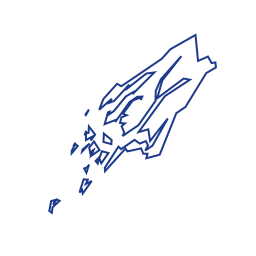 outline of Rødøy nor, Nordland, Norway, rotated 312°
{"feature_id": "86288312B63422016976384", "entity_name": "Rødøy nor", "entity_type": "district", "adm_level": 2, "iso_a3": "NOR", "parent_name": "Norway", "parent_adm1": "Nordland", "projection": "robinson", "projection_center": [13.227, 66.575], "detail": "medium", "context": "isolated", "style": "outline", "palette": "blue", "viewbox_px": 256, "rotation_deg": 312, "n_neighbors": 0, "source": "geoboundaries", "source_scale": "gbopen_adm2", "svg_char_len": 1897}
<svg xmlns="http://www.w3.org/2000/svg" viewBox="0 0 256 256"><g transform="rotate(312 128 128)"><path d="M153.5,90.3L133.1,90.3L122.3,94.4L138.9,96.4L134.3,97.3L138.8,99.6L161.0,99.8L157.4,101.1L180.8,105.2L186.9,110.4L156.2,108.7L158.2,107.9L150.1,105.3L131.0,106.2L126.4,105.1L127.3,104.2L125.8,104.4L127.0,103.0L126.1,102.7L115.2,108.1L125.7,113.4L124.0,114.5L148.4,111.8L157.4,114.0L160.9,117.6L157.4,118.7L159.2,116.9L151.6,113.2L135.3,114.7L136.6,118.5L131.5,116.0L126.4,118.7L129.3,122.6L125.2,122.0L121.9,128.4L118.3,129.3L137.1,133.9L166.6,130.3L174.1,123.8L186.3,119.8L217.1,119.6L186.4,121.6L169.6,129.8L202.0,136.3L205.3,141.7L176.3,134.1L132.0,138.6L140.6,144.0L133.1,153.1L161.7,151.2L131.2,158.0L122.8,155.9L128.5,154.5L130.2,150.0L124.3,147.2L123.6,140.8L107.6,137.0L107.8,133.4L82.9,137.4L80.6,139.8L111.0,139.9L110.2,143.2L121.6,151.4L119.1,156.6L121.9,159.7L117.8,161.9L129.4,169.4L171.3,154.0L182.2,156.6L221.2,149.4L231.8,152.8L235.2,149.1L232.2,146.6L234.6,139.6L224.7,135.2L242.3,115.9L214.9,106.8L202.0,106.8L154.6,95.1L153.5,90.3ZM103.0,97.9L98.0,101.9L95.6,100.4L97.9,98.8L93.5,100.6L95.5,100.7L90.9,104.8L97.6,107.2L93.7,108.7L101.1,108.0L103.0,97.9ZM95.2,111.7L87.5,112.3L83.4,117.7L87.4,116.7L88.8,117.1L82.7,119.3L92.5,121.6L95.2,111.7ZM64.3,136.5L58.2,134.1L62.7,132.7L60.2,129.4L47.6,135.1L51.3,135.3L49.0,138.2L64.3,136.5ZM93.3,124.2L86.2,127.0L83.9,131.8L96.3,130.2L93.3,124.2ZM28.1,125.9L27.3,122.9L20.9,123.7L25.7,122.0L22.3,119.8L13.7,125.0L14.0,128.1L18.6,125.0L28.1,125.9ZM107.7,113.8L101.2,119.1L104.9,126.4L108.1,123.9L107.7,113.8ZM68.6,122.5L66.9,127.0L74.8,123.5L71.4,124.0L68.6,122.5ZM81.0,98.9L77.7,99.5L80.1,99.8L73.5,101.4L71.5,103.1L81.0,102.7L81.0,98.9ZM90.8,109.9L81.6,108.6L79.7,109.7L90.8,109.9ZM87.3,126.2L81.8,126.0L81.3,129.3L87.3,126.2ZM115.6,86.6L109.5,87.4L109.4,88.1L115.6,86.6Z" fill="none" stroke="#1e3a8a" stroke-width="2"/></g></svg>